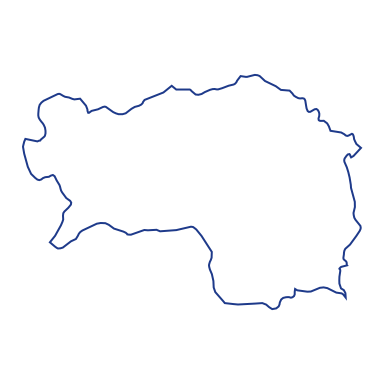 the border of Steiermark
{"feature_id": "AUT-2323", "entity_name": "Steiermark", "entity_type": "State", "adm_level": 1, "iso_a3": "AUT", "parent_name": "Austria", "parent_adm1": "", "projection": "orthographic", "projection_center": [15.015, 47.22], "detail": "fine", "context": "isolated", "style": "outline", "palette": "blue", "viewbox_px": 384, "rotation_deg": 0, "n_neighbors": 0, "source": "natural_earth", "source_scale": "10m", "svg_char_len": 3686}
<svg xmlns="http://www.w3.org/2000/svg" viewBox="0 0 384 384"><path d="M346.9,265.4L341.5,266.8L340.7,267.2L339.4,268.6L339.5,269.0L340.1,269.5L340.3,270.8L339.4,276.9L339.4,277.4L339.3,280.3L339.4,283.6L341.0,288.4L343.8,290.1L345.4,293.1L345.7,297.6L343.2,294.4L341.7,293.4L339.1,293.0L336.3,292.6L327.3,288.1L323.6,287.4L319.9,287.8L314.8,289.9L310.9,291.5L307.4,291.7L297.2,290.3L295.1,289.0L294.7,291.9L294.7,294.4L294.0,296.1L293.3,296.6L292.6,297.2L290.9,297.7L288.9,297.1L286.1,297.2L283.2,297.9L281.2,299.5L279.9,302.3L279.8,302.6L279.5,304.5L279.0,305.6L278.7,306.4L276.2,308.4L272.2,309.1L269.2,307.2L268.6,306.7L266.2,304.6L262.3,303.1L254.9,303.6L238.0,304.5L233.7,304.1L224.8,303.1L224.7,303.0L223.6,301.6L215.3,292.1L213.7,287.5L213.4,281.0L211.9,274.2L209.9,269.5L209.2,266.9L209.0,265.2L209.2,264.1L209.9,261.8L210.8,260.0L211.6,257.7L211.8,251.9L201.5,235.9L196.3,229.5L194.3,227.9L193.0,227.0L191.0,226.7L176.3,230.1L160.1,231.3L156.5,229.8L147.9,230.3L144.3,230.0L130.9,234.7L128.5,234.6L127.3,234.4L127.0,233.8L125.7,232.7L123.4,231.6L114.0,228.6L108.8,224.8L105.4,223.2L100.7,223.0L96.8,223.7L82.4,230.5L80.3,232.0L79.2,233.3L78.6,234.2L78.0,235.6L75.9,239.0L71.0,241.3L62.8,247.6L60.4,248.3L58.0,248.5L56.8,247.9L55.0,246.6L49.9,242.3L55.1,235.8L60.9,225.4L62.5,221.7L63.2,219.5L63.0,215.7L63.3,213.2L64.4,211.5L68.3,207.8L70.9,204.6L71.2,202.6L70.2,200.9L66.3,198.1L62.1,192.4L61.1,190.6L60.5,188.6L60.1,186.9L59.5,185.1L56.7,180.5L54.6,176.2L52.9,175.0L50.9,175.6L48.9,176.8L45.2,177.2L43.0,178.1L41.2,179.5L39.3,180.1L37.4,179.6L35.2,177.9L31.1,173.9L27.8,166.8L24.2,153.7L23.0,146.8L23.3,145.3L24.2,141.7L25.4,138.9L37.4,141.4L38.7,140.8L40.3,140.5L40.7,139.7L44.0,136.9L44.6,136.3L45.0,135.5L45.5,133.4L45.5,130.8L45.0,127.7L43.8,125.0L42.8,123.4L41.2,121.5L39.8,119.6L38.7,117.6L38.3,115.6L38.3,113.7L38.6,109.9L38.9,107.5L39.7,104.8L41.4,102.6L43.6,100.8L57.6,94.1L59.1,93.8L60.2,94.1L63.4,96.0L65.1,96.8L69.0,97.5L72.4,98.9L74.4,99.4L80.1,98.7L86.0,105.7L87.4,109.4L87.5,110.9L88.2,112.8L89.0,112.8L91.6,110.9L98.0,109.3L102.9,107.0L104.7,106.6L105.9,106.9L113.2,112.1L116.0,113.4L118.6,114.2L122.5,114.2L125.7,113.3L131.5,108.8L134.8,106.9L138.9,105.8L141.2,104.6L142.6,103.2L143.1,101.9L144.6,99.9L163.4,92.5L171.7,85.8L176.2,89.5L189.7,89.5L190.5,89.9L191.7,91.2L195.6,94.5L198.3,94.8L201.6,94.0L204.8,92.1L210.1,89.8L212.7,89.1L214.6,89.0L216.8,89.4L218.1,89.4L222.1,88.2L228.7,85.7L233.7,84.5L235.1,83.7L236.4,82.2L237.1,80.7L240.6,76.1L246.0,76.9L246.9,76.9L254.8,74.9L257.5,75.2L259.6,76.0L265.0,81.0L275.8,86.2L280.9,89.9L289.6,90.6L292.3,93.4L293.9,95.6L295.7,96.8L298.2,98.1L299.7,98.4L301.0,98.4L302.1,98.2L303.8,98.5L304.7,99.3L305.3,100.7L306.2,106.3L306.6,108.5L307.7,111.1L308.9,111.9L310.3,111.8L314.6,109.3L316.3,109.0L317.3,109.6L318.0,110.3L318.8,111.8L319.0,112.5L319.3,113.6L319.3,114.8L319.2,116.2L318.6,118.1L318.5,118.9L318.8,120.2L319.6,120.7L320.6,120.9L323.8,120.8L327.2,123.4L328.9,126.4L330.5,130.8L341.2,132.5L344.4,134.3L345.6,135.4L346.7,135.8L347.6,135.9L348.9,135.4L351.9,133.8L352.6,134.1L353.0,134.6L353.4,135.5L353.8,136.9L354.0,138.3L354.1,139.1L355.0,141.2L356.4,144.0L361.0,147.9L353.5,156.0L351.1,157.4L350.6,156.5L350.2,155.2L349.5,154.1L347.9,154.4L346.6,155.7L344.6,158.5L344.2,160.1L344.4,161.8L346.8,167.3L348.3,172.1L349.6,177.5L350.8,184.8L351.0,187.8L354.8,201.8L354.9,207.0L353.5,213.0L353.7,215.0L354.3,217.7L355.5,219.8L360.4,225.9L360.7,227.5L360.6,228.8L359.7,230.9L356.3,236.0L350.0,244.6L345.3,248.8L344.4,250.6L344.0,252.5L343.9,254.4L343.4,257.7L343.5,258.9L344.2,259.8L345.8,261.1L346.4,261.9L346.6,262.4L346.8,264.5L346.8,265.3L346.9,265.4Z" fill="none" stroke="#1e3a8a" stroke-width="2"/></svg>